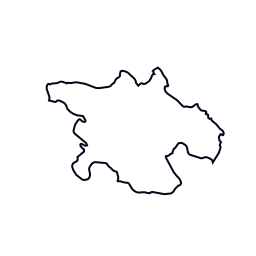 the border of Oberösterreich, rotated 29°
{"feature_id": "AUT-2326", "entity_name": "Oberösterreich", "entity_type": "State", "adm_level": 1, "iso_a3": "AUT", "parent_name": "Austria", "parent_adm1": "", "projection": "natural_earth1", "projection_center": [13.938, 48.12], "detail": "fine", "context": "isolated", "style": "outline", "palette": "ink", "viewbox_px": 256, "rotation_deg": 29, "n_neighbors": 0, "source": "natural_earth", "source_scale": "10m", "svg_char_len": 3885}
<svg xmlns="http://www.w3.org/2000/svg" viewBox="0 0 256 256"><g transform="rotate(29 128 128)"><path d="M194.9,80.4L196.2,79.4L196.4,79.7L197.8,80.9L203.0,81.9L205.6,82.8L208.3,84.0L211.2,84.3L212.6,84.8L213.7,85.6L214.5,86.7L214.7,87.8L214.6,88.2L214.4,88.4L212.5,88.3L212.2,88.3L212.0,88.5L212.0,88.9L212.0,89.8L211.8,90.5L211.8,91.4L212.2,92.4L214.1,94.6L216.1,95.2L216.5,98.6L218.1,99.6L218.5,100.5L219.5,105.7L219.0,114.7L218.9,117.0L217.7,115.7L216.7,115.2L215.8,115.0L211.7,115.2L210.2,115.8L209.0,116.7L207.8,118.2L206.7,119.0L195.0,121.4L193.3,121.0L191.9,119.9L189.7,117.2L188.6,116.1L187.4,115.4L186.0,115.0L182.3,114.9L181.2,115.7L180.7,116.0L180.1,116.4L179.9,116.6L179.7,116.8L179.6,117.0L179.4,117.7L179.0,121.9L178.8,122.8L178.3,123.6L178.2,124.2L178.6,127.2L178.7,127.6L178.9,127.9L179.1,128.2L179.0,128.6L178.6,129.2L177.7,130.1L177.6,130.3L177.5,130.6L177.5,131.1L177.4,131.5L176.2,133.3L175.9,133.6L175.5,133.8L174.9,134.0L174.8,134.5L176.2,136.0L189.5,144.5L193.8,146.3L196.3,147.0L198.1,147.9L199.8,149.0L200.7,149.9L201.3,150.7L201.2,152.6L199.8,154.4L198.7,158.3L198.6,160.7L198.5,162.0L197.1,164.6L191.9,168.2L180.1,172.2L179.2,173.3L178.9,174.0L178.0,174.8L176.6,175.4L174.0,176.0L172.0,177.1L168.3,179.5L166.3,180.0L163.9,180.0L162.2,179.6L160.4,178.9L155.8,176.2L155.1,176.0L153.9,176.3L150.9,177.5L146.9,178.4L145.2,179.4L144.7,179.5L144.3,178.5L144.2,177.7L143.3,175.7L139.6,171.9L135.9,172.3L134.7,172.1L132.6,171.4L130.1,171.0L129.0,170.6L127.0,169.6L126.2,169.5L125.3,169.6L116.6,173.4L115.2,174.3L114.2,175.5L113.7,177.0L113.5,178.3L113.4,180.3L113.4,181.4L113.7,182.4L114.4,183.5L115.3,184.6L116.3,185.6L116.9,186.4L117.7,187.8L118.1,189.5L118.1,190.9L117.8,192.0L117.6,192.5L117.2,192.8L115.2,194.4L114.9,194.8L113.9,195.0L113.1,195.3L105.5,194.1L100.8,191.5L97.9,188.9L97.3,187.5L97.1,185.9L97.6,184.5L98.8,182.7L99.3,181.9L99.5,180.8L99.3,179.9L97.9,177.9L101.0,169.9L100.5,169.0L99.9,168.1L97.9,167.8L96.2,167.2L95.4,166.8L95.0,166.5L94.7,166.1L94.3,165.3L94.5,164.8L95.0,164.4L98.3,164.3L99.6,164.1L100.6,163.0L98.7,161.5L83.9,158.7L82.6,157.9L81.8,157.1L81.5,156.1L80.5,152.3L80.2,151.0L80.2,149.6L80.4,146.7L80.6,145.4L80.9,144.5L81.2,144.0L81.6,143.7L82.2,143.7L84.4,144.2L85.5,144.3L86.7,144.0L87.4,143.3L87.5,142.5L86.8,141.7L86.1,141.3L85.3,140.9L82.8,139.4L77.2,141.6L72.5,142.1L69.4,141.8L66.1,140.8L65.8,140.7L65.4,140.4L63.0,138.3L60.9,137.2L58.9,137.0L55.4,137.2L53.9,137.6L52.9,138.2L52.3,139.8L52.0,140.3L51.0,140.8L47.2,141.7L45.6,142.3L45.4,141.2L44.1,138.8L38.4,133.7L37.7,132.7L36.9,131.4L36.5,130.0L36.7,128.6L37.2,127.9L37.7,127.7L38.3,127.7L38.8,127.6L39.9,126.0L40.3,125.7L43.5,123.7L44.6,122.7L46.1,120.7L46.8,120.0L48.1,119.4L52.6,118.6L52.5,118.4L53.8,117.5L56.4,116.3L59.5,113.8L60.8,113.0L69.3,110.1L80.5,108.5L83.3,107.2L91.3,101.2L92.4,99.6L92.9,97.4L93.0,96.9L93.4,96.3L93.8,95.6L94.0,94.5L93.8,91.6L94.0,90.6L94.4,89.7L95.5,87.7L95.7,86.7L95.5,85.8L94.8,84.8L94.4,82.9L94.2,82.4L94.1,82.0L94.6,81.3L95.3,80.7L98.0,79.9L100.7,79.6L109.2,81.6L110.6,82.2L111.9,83.1L113.2,84.7L116.5,86.0L117.4,83.3L118.1,82.2L118.4,82.2L120.1,82.0L120.7,81.7L121.4,81.2L121.8,80.7L123.2,78.1L123.7,76.8L123.9,75.3L124.0,73.5L123.6,70.2L123.8,68.9L124.9,68.0L123.9,67.6L123.5,67.3L122.6,65.9L122.2,66.0L122.3,65.0L124.8,60.7L128.1,61.4L129.6,62.1L131.1,63.1L132.9,64.4L138.4,66.9L139.1,67.6L140.4,69.3L141.0,70.2L141.4,70.5L141.9,70.7L142.4,71.0L142.6,71.6L142.5,72.3L142.1,72.4L141.7,72.3L141.5,72.5L140.9,73.4L140.5,73.6L140.3,73.9L140.7,75.3L141.0,75.9L142.4,77.3L143.1,77.9L145.9,78.8L157.5,79.9L165.6,82.4L166.3,82.3L167.0,82.1L168.6,80.9L172.9,79.4L174.1,78.3L176.0,74.2L177.2,73.5L179.1,75.4L182.4,76.9L183.3,77.1L184.6,76.8L187.0,75.8L188.2,75.8L188.8,76.2L188.9,76.8L188.9,77.5L189.1,77.9L189.8,78.0L191.0,77.6L191.6,77.7L192.4,78.7L192.9,79.7L193.6,80.4L194.9,80.4Z" fill="none" stroke="#020617" stroke-width="2"/></g></svg>